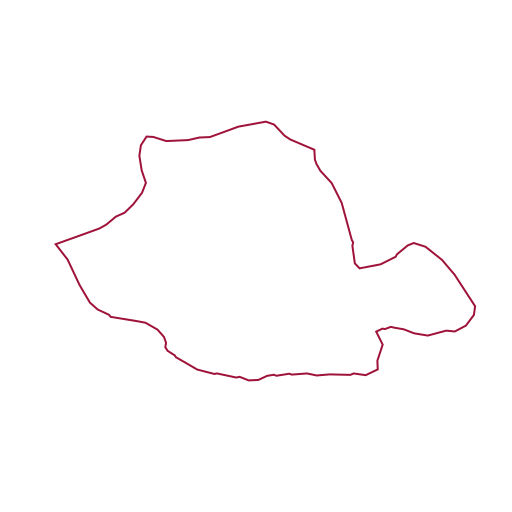 outline of San Jacinto, Chiquimula, Guatemala, rotated 64°
{"feature_id": "79465075B29365665250893", "entity_name": "San Jacinto", "entity_type": "district", "adm_level": 2, "iso_a3": "GTM", "parent_name": "Guatemala", "parent_adm1": "Chiquimula", "projection": "mercator", "projection_center": [-89.507, 14.679], "detail": "fine", "context": "isolated", "style": "outline", "palette": "rose", "viewbox_px": 512, "rotation_deg": 64, "n_neighbors": 0, "source": "geoboundaries", "source_scale": "gbopen_adm2", "svg_char_len": 1251}
<svg xmlns="http://www.w3.org/2000/svg" viewBox="0 0 512 512"><g transform="rotate(64 256 256)"><path d="M186.1,157.0L166.3,174.1L160.4,177.6L145.8,182.1L139.6,188.2L132.0,215.2L128.9,245.3L124.7,254.9L122.1,266.1L113.4,286.2L103.9,296.2L100.7,302.0L106.0,310.9L114.8,316.9L128.9,321.2L142.0,322.9L149.2,330.7L155.7,343.6L159.5,355.1L159.2,364.8L162.2,376.9L162.6,384.9L157.6,430.9L176.6,426.9L204.9,427.3L225.2,425.7L234.8,421.7L244.4,413.9L247.0,413.3L262.7,391.1L267.5,384.6L279.0,376.8L288.4,374.2L294.6,374.9L298.2,377.5L302.5,377.0L309.7,372.6L311.9,372.3L332.3,358.6L343.8,345.1L344.4,342.6L356.6,327.0L357.4,323.7L364.6,317.1L368.4,308.3L368.6,298.4L370.6,292.0L372.6,290.1L376.4,277.7L378.3,275.8L383.9,261.7L390.0,253.8L394.7,241.7L404.2,223.3L404.4,219.7L411.2,209.6L411.3,196.3L403.3,192.8L391.2,181.0L376.7,181.1L376.7,174.2L378.2,172.1L378.8,165.9L381.0,163.2L386.6,155.4L394.8,147.8L402.8,136.5L406.5,117.7L411.0,110.4L410.6,97.9L404.5,86.0L397.2,81.1L359.9,85.7L341.1,90.5L322.0,99.6L313.5,108.5L313.0,115.0L316.3,128.7L317.9,130.7L318.1,147.7L312.5,168.3L306.0,170.4L289.1,164.9L286.3,162.7L283.7,162.9L245.8,155.7L223.7,156.0L207.6,160.8L199.6,161.3L195.2,160.8L186.1,157.0Z" fill="none" stroke="#9f1239" stroke-width="2"/></g></svg>